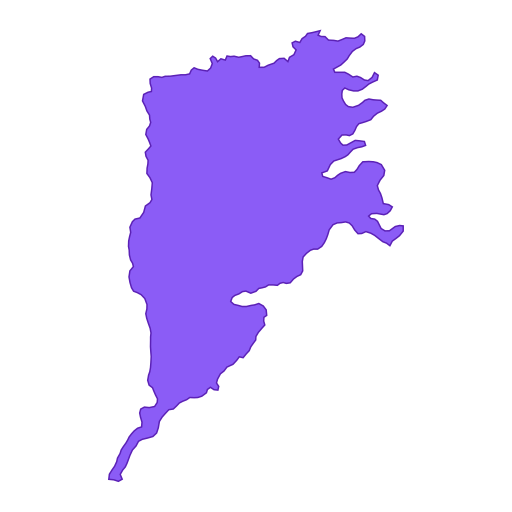 the district of Inimutaba, Minas Gerais, Brazil
{"feature_id": "56859067B29912856835593", "entity_name": "Inimutaba", "entity_type": "district", "adm_level": 2, "iso_a3": "BRA", "parent_name": "Brazil", "parent_adm1": "Minas Gerais", "projection": "mercator", "projection_center": [-44.274, -18.774], "detail": "fine", "context": "isolated", "style": "filled", "palette": "violet", "viewbox_px": 512, "rotation_deg": 0, "n_neighbors": 0, "source": "geoboundaries", "source_scale": "gbopen_adm2", "svg_char_len": 4991}
<svg xmlns="http://www.w3.org/2000/svg" viewBox="0 0 512 512"><path d="M389.9,245.7L392.3,241.1L395.9,238.5L399.5,235.7L403.2,231.1L403.2,225.9L399.7,225.5L395.3,226.5L392.0,228.9L389.4,230.8L385.0,230.9L381.1,228.5L379.2,224.7L377.5,221.3L374.7,219.1L370.8,218.5L368.6,216.1L371.5,213.7L376.8,213.4L380.7,214.1L383.9,214.7L387.1,213.6L390.2,210.8L392.3,206.9L388.7,204.6L383.3,203.6L381.9,197.7L380.5,193.6L378.5,189.9L377.3,185.6L380.1,180.1L383.8,175.5L384.7,170.3L381.3,164.6L377.1,162.6L373.5,161.8L368.9,161.5L362.8,161.8L359.3,165.6L357.0,169.4L354.3,172.3L350.0,172.5L345.4,171.6L340.6,173.3L337.6,175.3L334.9,177.7L331.1,179.2L326.9,177.7L322.7,176.4L321.8,172.9L327.3,170.9L330.3,164.6L333.8,161.0L337.4,159.8L341.1,158.6L345.3,156.6L347.9,154.8L350.5,151.9L353.1,149.2L357.6,147.6L361.8,146.8L365.6,145.4L364.4,141.5L359.3,140.8L355.2,140.4L351.2,142.6L346.8,145.0L343.0,145.2L340.6,143.0L338.3,139.1L342.0,135.0L346.2,134.9L349.4,135.6L352.8,133.9L354.9,130.3L356.5,126.6L358.8,123.7L362.3,122.7L366.1,121.5L370.8,119.7L373.6,116.2L377.3,113.2L381.5,111.2L384.8,109.0L387.1,105.5L383.3,102.6L380.7,100.3L377.3,100.1L373.3,99.8L368.9,99.0L364.9,100.3L362.5,102.5L358.6,105.3L352.8,107.3L348.3,106.6L345.6,104.5L343.4,100.9L342.0,97.8L341.8,94.1L342.3,90.4L344.8,88.0L348.8,89.8L353.5,90.9L358.0,90.9L362.3,89.2L366.1,86.3L368.7,84.1L372.6,82.1L377.3,80.0L378.2,75.2L374.5,72.6L372.1,77.4L368.1,80.6L364.4,80.0L360.5,77.5L356.9,76.2L352.8,77.0L348.4,74.1L344.8,72.3L340.6,72.3L334.8,72.3L333.4,69.1L337.4,66.9L340.8,65.0L343.9,62.2L347.2,59.0L349.3,55.5L352.4,51.4L356.1,48.6L359.8,47.1L363.3,44.4L364.8,40.9L364.6,36.4L361.2,33.8L358.0,36.8L354.4,38.3L350.1,38.1L346.0,37.8L341.8,39.6L338.0,41.1L333.8,40.4L328.5,40.1L325.0,36.6L321.1,36.5L318.1,35.2L320.1,30.7L315.7,31.8L311.9,32.7L307.5,33.5L305.5,36.3L302.1,38.6L299.8,42.5L295.4,41.2L292.1,42.9L293.0,46.8L296.1,49.9L293.9,54.7L289.5,57.3L287.9,61.6L284.1,58.3L279.4,58.6L276.6,60.6L274.0,63.2L268.2,65.2L264.1,67.3L259.2,67.3L259.5,63.2L257.5,60.3L253.6,58.9L250.6,55.7L245.7,55.8L242.6,56.5L238.7,57.3L234.1,56.2L230.5,56.6L227.0,56.0L225.3,60.1L220.9,58.8L217.6,61.7L215.6,58.1L212.7,56.2L210.2,58.6L212.3,63.6L210.6,68.1L207.4,71.0L202.2,70.2L197.8,69.3L194.1,67.8L191.3,70.1L189.6,73.9L185.4,74.8L181.0,74.8L175.5,75.5L170.3,76.2L165.1,76.3L161.9,77.4L158.1,76.7L153.7,76.7L150.0,79.1L150.2,83.5L151.6,88.1L151.4,91.5L148.1,92.2L143.7,94.4L142.5,100.9L145.3,106.4L146.9,110.9L149.5,115.1L149.8,119.1L150.7,122.4L149.5,126.0L146.7,129.4L145.8,134.5L148.1,138.9L149.5,142.2L150.9,146.0L148.4,148.9L145.3,152.2L146.0,156.3L148.1,160.3L147.9,164.0L147.1,168.1L146.9,173.5L149.9,177.6L152.3,182.7L151.8,188.7L151.0,194.9L151.9,199.5L150.0,202.7L145.4,206.0L143.7,212.4L139.9,218.0L135.0,219.1L132.4,221.7L129.9,227.2L130.7,232.4L129.6,236.6L128.7,240.9L128.5,246.4L129.2,250.1L129.4,255.0L130.6,259.9L132.6,263.3L133.4,266.6L129.9,270.9L129.0,276.9L130.0,282.5L131.5,287.7L133.6,291.2L137.3,292.6L141.2,294.7L144.8,298.5L147.0,304.5L146.9,308.9L145.8,313.7L146.7,318.2L148.3,323.1L150.2,328.4L151.0,333.0L150.6,336.9L150.6,340.7L150.5,346.8L150.9,352.7L151.2,356.6L150.9,362.6L150.5,367.7L149.8,371.7L148.6,375.1L147.7,380.3L149.1,385.1L152.5,387.7L153.9,391.2L155.5,394.9L157.5,398.8L157.2,402.5L154.6,406.5L149.3,407.6L144.4,407.1L140.7,409.1L139.7,413.0L140.5,417.1L142.0,422.2L141.6,426.9L137.6,428.2L134.3,430.8L131.6,433.8L129.2,436.9L127.7,440.0L125.9,443.1L123.3,446.7L121.2,450.0L120.1,453.5L117.5,458.1L116.7,461.7L114.6,466.3L112.0,470.0L109.4,474.2L108.8,479.3L113.8,479.8L118.4,481.3L122.2,479.2L120.2,474.4L122.7,470.0L125.3,466.9L126.9,463.5L128.3,459.8L129.9,455.4L132.4,450.0L136.0,446.0L138.5,441.3L142.3,439.3L147.7,438.0L152.9,436.5L156.6,433.0L158.3,427.8L159.4,421.4L162.1,417.1L165.1,413.7L168.8,409.7L173.3,409.0L176.5,406.0L179.3,403.0L182.6,401.3L186.6,399.7L189.8,397.5L194.1,397.7L197.8,397.5L201.8,396.2L206.4,392.8L207.4,389.5L210.4,387.3L214.0,389.7L217.9,390.1L218.7,386.4L216.5,383.0L217.5,379.2L220.4,373.8L224.0,371.0L226.9,367.1L233.1,364.2L236.7,360.3L239.3,356.8L243.1,357.7L246.3,353.8L249.2,350.7L250.8,346.8L253.1,343.5L255.7,340.0L255.9,336.5L258.4,332.3L262.0,328.1L264.8,325.0L263.7,321.1L263.9,317.3L266.7,315.4L266.2,309.9L263.3,306.0L258.8,303.5L254.6,304.9L251.2,305.4L246.4,306.5L242.1,306.5L238.2,305.4L233.9,304.4L230.7,301.5L232.2,297.5L234.9,295.4L238.9,293.9L242.5,291.6L245.9,291.1L250.8,293.2L256.0,291.3L258.8,288.4L262.0,287.8L265.5,286.9L268.6,284.9L272.9,284.9L277.4,285.3L280.0,283.3L283.2,282.5L286.3,283.4L290.2,282.8L293.5,279.0L297.0,276.4L300.7,274.7L302.7,270.9L302.5,266.1L302.3,261.5L303.1,257.0L306.5,253.3L310.3,250.3L313.6,249.1L317.7,249.1L321.8,246.3L324.3,242.7L326.3,238.7L327.8,234.6L329.2,229.8L333.0,224.7L337.2,222.9L341.4,222.6L345.6,221.9L349.3,223.0L352.1,225.7L354.7,230.0L358.0,233.7L361.7,233.5L365.9,231.6L370.8,233.2L374.7,235.4L378.9,238.7L382.8,241.7L386.6,243.2L389.9,245.7Z" fill="#8b5cf6" stroke="#5b21b6" stroke-width="1.5"/></svg>